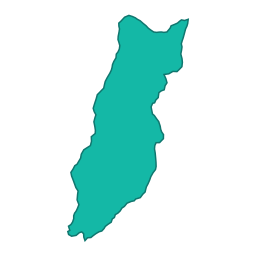 Oriente, São Paulo, Brazil
{"feature_id": "56859067B33537633003758", "entity_name": "Oriente", "entity_type": "district", "adm_level": 2, "iso_a3": "BRA", "parent_name": "Brazil", "parent_adm1": "São Paulo", "projection": "equal_earth", "projection_center": [-50.092, -22.144], "detail": "fine", "context": "isolated", "style": "filled", "palette": "teal", "viewbox_px": 256, "rotation_deg": 0, "n_neighbors": 0, "source": "geoboundaries", "source_scale": "gbopen_adm2", "svg_char_len": 2137}
<svg xmlns="http://www.w3.org/2000/svg" viewBox="0 0 256 256"><path d="M85.0,240.6L87.5,237.8L90.9,237.5L93.1,235.7L95.8,233.7L99.0,231.8L101.8,231.0L104.0,228.6L105.3,226.4L108.0,224.3L111.2,222.2L112.3,218.9L114.4,217.5L115.3,214.6L117.8,213.2L120.1,211.0L121.9,208.1L124.4,206.4L127.0,203.2L131.3,201.4L134.2,200.8L135.7,199.0L137.7,198.4L140.3,197.6L142.8,194.2L145.1,192.0L145.7,189.4L146.4,186.8L148.0,183.8L149.7,179.9L150.8,176.7L153.0,172.8L155.5,169.5L156.1,166.5L156.0,162.6L155.7,158.7L155.2,153.1L154.5,148.9L154.8,145.6L156.1,142.7L159.6,142.6L161.8,140.3L163.4,138.7L163.5,134.6L161.7,132.0L160.7,129.3L160.2,126.2L158.7,121.6L156.8,119.1L154.3,115.5L152.5,114.0L151.8,110.6L151.1,106.9L152.6,103.3L154.6,102.8L155.8,100.0L158.2,97.6L158.9,92.6L161.4,90.8L164.2,89.8L165.1,85.7L167.0,82.8L165.9,78.8L164.0,74.5L168.8,73.8L172.9,71.4L177.0,71.6L179.4,69.3L181.9,66.7L182.4,62.3L182.0,58.6L180.8,54.0L181.5,50.5L182.0,46.9L181.3,43.8L182.3,40.4L183.2,37.8L184.1,34.5L185.6,28.9L186.9,26.2L187.7,23.5L188.2,19.3L184.6,20.5L181.4,19.9L179.4,21.4L177.5,23.1L174.6,24.4L171.1,25.8L170.1,28.2L166.9,32.0L163.8,32.4L161.4,32.0L159.1,32.1L156.6,32.4L153.7,32.0L150.7,30.0L148.3,28.2L146.0,25.7L143.0,23.3L140.2,20.8L137.4,19.3L135.3,17.8L132.4,16.5L128.9,15.4L124.6,17.2L120.9,21.2L118.8,23.1L118.9,26.2L119.5,28.9L119.1,31.7L118.2,36.3L118.0,39.6L118.9,42.3L119.8,45.6L119.3,49.1L117.9,52.1L116.3,54.1L116.0,57.8L113.8,61.5L112.5,64.6L112.1,67.3L111.3,70.2L109.8,73.3L107.3,77.5L105.3,81.3L104.6,84.0L103.7,88.2L101.4,90.5L99.6,92.4L97.3,94.7L96.2,98.8L94.5,104.0L93.2,108.3L94.2,111.6L95.9,114.8L94.9,117.9L93.9,121.8L94.9,126.9L95.4,130.3L95.2,133.5L91.3,136.7L91.5,141.3L90.4,145.6L86.6,148.0L83.8,149.8L81.3,154.2L80.6,158.2L79.1,160.7L77.1,164.2L74.8,165.7L73.0,169.2L70.9,172.4L71.6,176.0L72.9,179.3L74.1,182.6L75.9,187.6L78.1,191.0L77.6,194.2L77.1,199.9L78.9,204.6L77.4,208.5L76.1,211.2L74.6,213.2L73.7,215.7L73.7,218.7L72.6,222.0L70.9,224.6L68.5,226.2L69.8,230.4L67.8,231.5L68.6,234.5L71.6,236.2L76.1,235.4L79.3,232.7L81.7,231.9L83.6,233.7L83.8,237.1L85.0,240.6Z" fill="#14b8a6" stroke="#0f766e" stroke-width="1.5"/></svg>